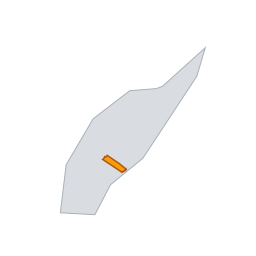 Ngchesar, Ngchesar, Palau (highlighted), rotated 25°
{"feature_id": "81905179B12873332240665", "entity_name": "Ngchesar", "entity_type": "district", "adm_level": 2, "iso_a3": "PLW", "parent_name": "Palau", "parent_adm1": "Ngchesar", "projection": "robinson", "projection_center": [134.605, 7.473], "detail": "fine", "context": "in_parent", "style": "filled", "palette": "amber", "viewbox_px": 256, "rotation_deg": 25, "n_neighbors": 0, "source": "geoboundaries", "source_scale": "gbopen_adm2", "svg_char_len": 1041}
<svg xmlns="http://www.w3.org/2000/svg" viewBox="0 0 256 256"><g transform="rotate(25 128 128)"><path d="M134.6,220.6L102.5,233.4L87.5,187.5L92.5,134.4L113.8,93.5L136.9,80.4L141.6,75.7L164.1,22.6L168.5,51.9L154.3,149.0L136.1,186.8L134.6,220.6Z" fill="#d9dde1" stroke="#a8b0b8" stroke-width="1"/><path d="M119.1,163.7L119.0,164.3L118.9,165.4L118.9,166.5L118.7,166.8L118.4,167.2L134.9,169.7L140.0,170.5L140.3,170.6L140.4,170.4L140.5,170.4L140.5,170.5L140.8,170.6L141.0,170.7L141.2,170.8L141.3,170.7L141.4,170.4L141.5,170.3L141.6,170.2L141.8,169.9L141.9,169.7L142.0,169.6L142.0,169.4L141.9,169.4L142.0,169.4L141.9,169.4L142.0,169.3L142.1,169.2L142.3,169.1L142.5,168.9L143.1,167.9L143.1,167.7L143.2,167.4L143.3,167.5L143.3,167.4L143.2,167.2L143.3,167.2L143.5,167.1L143.6,166.9L143.7,166.7L143.7,166.4L143.7,166.2L143.8,166.3L144.0,166.3L144.0,166.2L135.4,164.0L120.7,161.6L120.7,162.2L120.6,162.4L120.3,163.3L120.2,163.5L119.8,163.8L119.6,163.8L119.4,163.8L119.1,163.7L119.1,163.7Z" fill="#f59e0b" stroke="#b45309" stroke-width="1.5"/></g></svg>